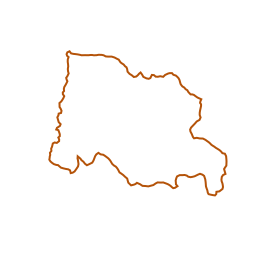 the district of Tupã, São Paulo, Brazil, rotated 72°
{"feature_id": "56859067B14045296433248", "entity_name": "Tupã", "entity_type": "district", "adm_level": 2, "iso_a3": "BRA", "parent_name": "Brazil", "parent_adm1": "São Paulo", "projection": "mercator", "projection_center": [-50.528, -21.957], "detail": "fine", "context": "isolated", "style": "outline", "palette": "amber", "viewbox_px": 256, "rotation_deg": 72, "n_neighbors": 0, "source": "geoboundaries", "source_scale": "gbopen_adm2", "svg_char_len": 3451}
<svg xmlns="http://www.w3.org/2000/svg" viewBox="0 0 256 256"><g transform="rotate(72 128 128)"><path d="M123.3,49.4L121.8,51.1L120.5,52.5L118.5,54.0L116.9,55.1L115.9,56.5L115.4,58.1L113.9,58.8L112.4,59.5L110.4,59.9L108.9,61.2L106.9,62.0L105.3,63.4L103.8,64.0L102.3,64.4L100.1,64.3L98.4,64.2L96.4,64.5L94.8,65.2L92.9,66.3L91.4,68.4L89.4,69.2L88.7,71.3L88.6,73.0L89.0,76.3L90.2,78.7L88.7,81.4L88.5,83.7L87.7,85.8L85.7,87.0L84.9,88.9L87.4,91.3L87.6,93.1L86.5,95.1L84.1,97.6L81.5,98.1L79.1,98.9L79.8,100.7L80.8,102.3L81.6,104.2L81.3,106.7L79.0,108.1L77.0,109.8L74.3,111.0L71.6,110.6L69.8,110.7L68.4,111.7L66.3,112.5L64.6,113.9L63.3,114.8L61.6,115.3L60.1,115.7L58.6,117.3L56.8,119.0L55.1,121.4L54.5,123.2L53.7,125.5L53.0,127.1L51.3,128.7L50.3,130.5L49.3,133.3L49.0,135.5L48.3,138.0L47.4,139.7L46.9,141.4L46.6,143.0L46.1,144.5L45.5,146.2L45.0,147.8L44.5,149.6L43.5,151.2L42.4,153.2L41.5,155.1L40.6,157.1L39.4,159.1L37.0,159.9L37.3,162.3L38.8,163.6L40.5,163.6L42.2,162.6L44.2,164.1L46.5,164.9L48.8,165.3L50.9,165.8L53.3,167.0L55.5,167.5L57.8,167.6L60.0,169.7L61.2,171.3L63.1,171.4L64.8,171.2L65.9,172.2L67.1,173.4L68.2,174.6L69.3,175.9L70.9,176.9L73.1,177.4L74.0,179.0L75.7,179.5L78.0,178.8L79.7,180.3L80.9,181.7L82.1,183.2L83.1,185.5L85.0,186.0L86.9,186.6L88.7,186.1L91.1,185.9L93.0,187.0L92.9,189.5L94.5,190.3L96.0,191.9L98.7,192.0L101.0,192.1L103.5,190.9L105.0,192.1L105.5,193.9L105.9,195.5L107.3,196.7L108.5,194.9L110.7,194.8L112.8,194.8L114.7,195.4L115.5,197.2L117.6,197.0L119.2,197.6L120.2,200.3L119.1,202.3L119.5,204.3L122.3,206.0L124.0,207.5L126.1,207.9L127.5,209.9L129.6,210.3L130.9,211.2L132.3,211.8L133.8,212.6L135.8,212.1L137.5,211.1L139.4,209.7L140.9,207.7L141.7,206.0L143.4,205.0L145.0,204.0L146.5,201.8L147.7,199.8L148.9,197.5L150.4,196.2L153.2,196.4L153.4,194.4L152.8,192.2L150.7,189.4L149.1,187.4L147.0,186.2L144.6,185.8L142.9,185.5L141.4,185.4L139.4,184.6L142.5,182.7L144.2,182.2L146.3,180.8L148.6,180.0L150.7,178.6L150.4,175.9L149.9,172.7L148.3,170.9L146.2,169.2L144.7,168.0L143.3,166.3L142.5,163.8L144.6,162.2L145.8,159.8L147.4,158.5L149.5,157.0L151.0,156.0L153.4,155.0L157.3,154.1L159.4,152.9L161.0,151.5L162.7,150.8L164.5,150.3L167.6,149.8L169.0,148.7L171.2,147.1L173.6,145.8L175.8,144.4L177.5,144.5L180.1,144.6L183.5,142.8L183.7,140.0L183.6,138.2L182.9,136.5L185.2,133.9L187.5,132.1L188.6,129.3L189.8,126.7L190.1,121.5L189.3,119.0L188.9,116.7L190.1,113.5L190.7,111.3L192.4,109.1L193.6,107.6L194.9,106.4L196.2,105.4L197.7,104.6L199.2,103.6L199.4,101.7L198.6,98.9L196.4,99.8L194.9,99.4L192.7,98.9L190.7,97.6L189.2,96.3L188.8,93.4L189.6,91.0L190.2,88.6L191.4,86.8L192.9,85.8L194.1,83.7L194.4,81.6L194.5,79.5L194.0,76.0L193.8,73.7L195.4,71.6L197.1,70.4L200.8,70.4L203.5,70.9L205.2,71.3L207.6,71.9L209.7,71.9L211.7,71.8L214.2,72.1L215.8,71.8L217.0,69.9L218.0,68.1L219.0,66.1L218.1,64.5L216.0,63.6L216.5,60.7L215.8,58.7L215.2,57.0L213.5,55.9L211.5,55.5L209.8,55.3L207.6,55.4L206.0,55.1L203.5,53.9L202.1,52.1L201.8,49.5L196.7,49.3L195.3,47.6L194.2,46.1L190.1,44.6L187.8,44.0L185.1,43.4L182.4,43.8L181.1,46.0L179.2,46.7L177.3,47.8L175.6,49.2L174.0,50.6L172.4,51.7L171.0,52.9L169.7,53.9L168.2,54.6L166.6,55.5L164.6,57.0L163.2,58.0L161.2,60.0L160.1,63.0L158.6,65.6L158.2,68.4L156.6,69.0L153.5,69.2L150.6,69.7L148.7,69.4L147.1,67.9L145.8,65.5L144.4,62.9L143.0,60.6L142.4,57.5L140.4,55.7L137.8,55.8L135.7,55.1L133.7,54.1L131.5,52.8L129.6,51.7L128.0,51.2L126.4,51.7L125.0,50.9L123.3,49.4Z" fill="none" stroke="#b45309" stroke-width="2"/></g></svg>